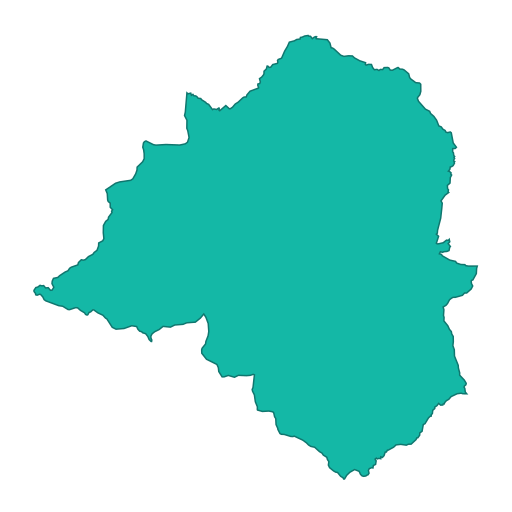 outline of San Cayetano, Cundinamarca, Colombia, rotated 271°
{"feature_id": "7082276B62446373339700", "entity_name": "San Cayetano", "entity_type": "district", "adm_level": 2, "iso_a3": "COL", "parent_name": "Colombia", "parent_adm1": "Cundinamarca", "projection": "albers", "projection_center": [-74.103, 5.334], "detail": "fine", "context": "isolated", "style": "filled", "palette": "teal", "viewbox_px": 512, "rotation_deg": 271, "n_neighbors": 0, "source": "geoboundaries", "source_scale": "gbopen_adm2", "svg_char_len": 6034}
<svg xmlns="http://www.w3.org/2000/svg" viewBox="0 0 512 512"><g transform="rotate(271 256 256)"><path d="M213.4,36.4L213.0,37.8L214.0,40.3L213.8,41.3L211.3,43.6L208.7,44.9L207.5,46.6L202.9,59.6L202.4,63.6L199.2,69.0L199.1,70.5L201.2,76.5L201.1,78.5L198.6,81.4L196.2,85.6L194.6,86.6L194.0,88.1L194.4,88.9L196.7,90.1L197.2,91.6L199.3,93.8L199.3,94.7L196.4,98.9L194.1,104.0L191.3,106.6L190.5,108.0L182.2,113.5L180.4,117.3L181.2,125.3L184.1,133.0L183.4,137.9L180.7,139.2L178.8,141.0L178.3,143.0L177.3,143.9L176.4,147.0L173.7,149.2L170.6,150.6L168.7,152.6L168.7,153.1L170.2,153.3L172.1,152.4L174.1,152.3L176.4,153.5L178.5,156.0L180.8,160.5L184.0,164.3L183.4,171.7L185.6,176.0L186.4,184.2L188.0,187.9L188.8,196.5L192.9,201.4L197.1,204.8L193.8,207.0L187.7,209.4L179.7,210.1L175.4,209.5L169.7,207.4L167.2,207.1L162.8,203.7L161.2,203.3L157.8,203.5L151.9,208.3L146.9,218.8L143.7,220.3L139.8,220.8L134.6,224.2L134.6,226.2L136.1,230.4L134.4,236.6L136.4,240.5L136.2,248.6L136.6,252.4L137.6,255.2L137.2,256.5L124.4,255.3L122.5,254.5L120.8,254.9L117.1,256.8L110.2,257.9L105.3,260.0L102.5,260.0L102.0,260.2L100.7,265.1L101.2,271.5L100.5,275.5L99.4,276.5L95.6,277.4L93.8,278.6L87.8,279.0L84.0,280.8L83.0,280.9L78.9,283.1L78.2,284.4L78.1,287.3L76.2,293.9L76.1,296.1L76.6,297.3L72.8,305.8L70.1,309.7L68.0,311.8L66.6,314.1L65.8,318.0L61.5,322.9L60.1,325.4L58.1,326.8L56.0,330.3L53.7,331.0L51.7,332.4L48.2,332.0L45.6,333.3L42.4,337.4L41.3,339.4L41.0,341.3L37.2,344.5L35.8,346.9L34.6,347.5L34.6,348.4L38.3,350.5L41.4,353.6L44.2,358.3L42.5,362.9L39.5,364.3L38.0,365.9L37.6,367.5L38.0,369.8L38.6,370.3L39.2,371.8L40.8,372.8L43.6,372.1L45.4,373.0L46.4,375.5L46.1,376.6L48.6,377.0L49.7,379.2L53.3,379.7L54.5,378.7L55.4,378.8L56.0,380.0L55.2,380.7L55.8,382.4L55.5,384.3L57.4,384.3L56.8,385.9L58.6,387.5L62.2,388.6L62.3,389.8L64.2,390.8L64.2,391.6L67.3,397.0L69.6,399.4L70.2,404.0L69.5,409.6L70.5,411.7L70.6,414.4L75.2,419.2L76.9,419.9L77.1,421.0L79.7,422.8L81.9,422.8L83.6,425.1L90.4,426.2L91.3,427.9L97.2,431.3L98.8,433.0L99.0,434.0L100.4,434.0L101.5,435.1L104.8,435.4L106.6,437.4L108.0,437.3L109.5,439.5L111.8,441.2L110.1,443.2L110.3,445.4L111.4,445.8L111.4,446.8L112.7,447.2L114.7,448.9L116.1,451.3L118.8,453.5L121.8,459.5L122.4,463.5L121.9,465.2L121.9,469.1L123.7,467.6L127.2,467.1L128.5,466.3L129.7,466.7L130.9,468.1L132.4,468.4L135.6,466.4L140.4,461.7L142.7,461.7L147.6,460.3L150.2,460.1L159.4,456.2L165.8,455.9L169.8,454.4L173.7,454.8L179.0,454.6L181.4,453.1L183.9,452.6L186.0,450.7L189.6,449.0L194.4,445.0L197.9,445.1L199.8,444.5L205.5,444.8L208.3,444.0L210.0,446.8L211.8,448.3L215.7,450.3L217.2,452.2L218.1,453.7L218.2,456.1L220.3,463.1L222.6,465.1L222.7,467.3L226.7,471.7L229.8,473.2L232.2,471.9L234.8,471.6L235.5,472.1L235.8,473.2L242.2,476.6L247.4,476.8L249.8,477.4L249.6,468.7L250.0,465.9L251.0,465.0L251.1,460.9L252.4,456.8L254.1,455.6L255.3,449.8L259.4,442.3L260.8,441.4L261.4,439.3L263.5,440.3L262.9,442.7L263.5,443.3L263.9,446.8L264.8,448.9L268.0,449.5L268.9,450.2L271.7,447.9L273.6,449.5L276.0,448.9L275.0,448.1L275.2,446.2L272.5,442.9L271.3,437.9L271.3,436.9L271.9,436.1L278.9,438.2L281.0,435.9L282.0,436.9L285.0,437.1L297.0,440.0L306.7,440.9L312.1,441.3L314.3,440.0L320.1,444.0L322.9,447.6L323.5,446.9L325.5,447.3L326.6,446.4L329.9,446.1L332.3,448.7L337.8,448.9L340.4,450.2L341.3,449.3L342.5,449.6L343.9,448.0L344.2,446.9L346.0,448.3L348.4,448.7L348.8,450.1L349.8,451.5L352.2,452.8L353.2,452.5L353.9,453.0L354.4,452.0L356.0,452.2L356.9,452.9L358.1,452.2L359.0,452.9L359.9,452.0L362.6,451.6L363.6,450.8L366.8,450.8L367.0,453.3L368.2,454.5L372.5,451.2L382.6,449.1L383.4,448.1L382.7,445.4L383.2,443.7L384.8,442.9L386.1,440.6L388.3,439.0L389.3,436.5L394.9,434.2L398.7,431.4L401.5,428.1L403.7,427.1L405.8,422.8L413.5,415.8L416.4,414.6L417.4,414.9L420.1,417.0L423.5,417.9L430.6,417.7L431.8,416.5L432.1,412.7L435.6,407.8L437.1,406.5L440.8,405.5L444.6,400.9L445.3,399.3L445.4,396.5L446.9,395.0L446.9,394.4L444.1,389.1L444.2,387.0L446.4,385.5L446.8,384.4L446.6,380.8L444.6,379.4L444.7,377.1L443.6,375.7L444.7,373.7L444.3,371.1L446.5,369.3L449.5,368.1L449.6,365.2L448.8,362.8L449.4,362.0L451.2,362.2L453.0,356.3L455.8,351.0L457.7,348.9L457.8,345.0L457.1,340.4L458.3,337.1L464.2,330.6L465.3,328.9L465.5,327.5L470.2,326.2L473.5,323.5L474.3,312.4L475.4,312.2L476.2,312.8L476.5,312.2L475.9,310.5L474.3,308.5L476.6,306.7L476.8,304.7L477.4,304.3L476.8,300.8L475.6,298.3L475.3,296.6L473.7,296.3L473.2,292.9L471.8,290.6L470.4,285.6L466.1,283.8L461.4,281.1L454.2,278.1L452.9,274.8L451.9,274.1L450.1,274.5L449.0,274.1L447.7,269.4L445.0,267.4L444.8,265.8L446.1,264.5L446.1,263.8L443.2,263.1L440.9,260.8L438.4,260.8L437.2,260.3L434.9,258.5L433.4,256.4L430.1,257.3L428.5,256.7L428.0,254.9L426.7,254.8L424.2,255.7L423.9,255.4L420.7,247.2L416.9,244.1L414.9,243.5L414.7,241.3L413.9,240.0L409.5,235.5L407.6,232.6L404.3,229.9L402.8,227.7L402.8,226.7L405.9,223.2L400.6,217.2L400.9,216.6L403.2,216.6L403.3,216.2L401.8,214.0L402.3,211.3L401.6,210.0L406.8,206.0L407.7,203.8L408.7,203.1L411.2,199.0L412.5,198.0L412.7,195.4L414.1,194.3L415.0,193.0L415.1,191.1L416.5,190.1L415.5,188.6L417.7,187.9L417.0,185.1L417.9,184.1L398.6,182.8L395.2,182.1L390.5,184.6L382.5,184.6L380.1,185.6L373.3,187.0L368.5,185.5L366.9,183.3L365.6,177.8L365.9,164.1L365.1,154.1L365.5,151.6L369.1,144.0L368.4,142.5L367.0,141.5L362.8,140.9L360.2,141.8L356.3,142.4L351.3,142.5L348.2,141.0L342.8,135.6L339.8,135.5L336.1,134.3L331.0,131.5L329.5,129.4L327.7,118.5L326.3,114.3L319.5,104.6L315.8,106.2L309.4,106.7L307.9,107.3L306.3,109.3L302.2,109.4L299.7,111.8L298.3,110.8L297.0,111.3L292.3,107.9L290.0,107.5L288.0,105.1L283.8,102.9L276.5,102.9L270.8,103.6L268.5,102.5L266.3,98.5L263.1,98.4L258.9,96.9L256.7,94.1L254.8,92.8L252.5,88.5L249.4,85.4L248.8,83.4L249.2,81.4L246.4,78.6L244.0,78.0L241.6,71.5L240.5,69.9L237.9,68.2L236.7,65.5L232.9,60.0L231.1,58.2L230.1,53.9L227.3,52.7L224.8,52.5L221.2,54.4L218.3,52.7L218.1,51.1L220.7,48.8L220.4,46.2L222.7,44.2L222.4,42.4L222.9,40.6L221.1,38.3L220.6,36.4L217.8,34.6L216.6,34.7L214.7,36.2L213.4,36.4Z" fill="#14b8a6" stroke="#0f766e" stroke-width="1.5"/></g></svg>